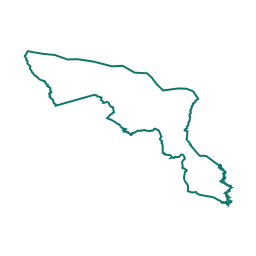 Ahafo Ano South West, Ashanti, Ghana (Equal Earth projection), rotated 274°
{"feature_id": "2480657B58897854519282", "entity_name": "Ahafo Ano South West", "entity_type": "district", "adm_level": 2, "iso_a3": "GHA", "parent_name": "Ghana", "parent_adm1": "Ashanti", "projection": "equal_earth", "projection_center": [-2.174, 6.894], "detail": "fine", "context": "isolated", "style": "outline", "palette": "teal", "viewbox_px": 256, "rotation_deg": 274, "n_neighbors": 0, "source": "geoboundaries", "source_scale": "gbopen_adm2", "svg_char_len": 5795}
<svg xmlns="http://www.w3.org/2000/svg" viewBox="0 0 256 256"><g transform="rotate(274 128 128)"><path d="M145.2,54.3L158.7,91.9L158.4,92.4L158.5,93.9L158.2,94.4L157.3,95.1L157.3,96.2L156.5,99.6L154.9,99.1L154.0,99.2L153.0,100.9L151.3,101.5L151.6,103.0L152.5,104.6L152.2,106.2L151.5,107.1L149.7,108.0L148.4,108.9L147.8,110.3L147.8,111.4L142.7,112.9L142.5,112.4L141.7,111.4L140.9,110.9L140.1,109.4L136.3,106.5L134.9,111.0L132.5,115.7L131.5,117.1L130.7,119.3L128.9,120.6L128.6,121.1L128.0,121.6L127.3,122.7L126.8,125.6L126.4,125.2L126.0,125.6L125.8,125.4L126.2,124.7L125.5,123.7L125.4,124.1L125.0,124.1L124.7,124.6L124.6,125.1L124.4,125.2L124.2,125.0L124.3,125.9L124.2,126.3L123.9,126.7L124.2,127.3L124.2,127.9L123.8,128.5L123.0,128.6L123.0,129.3L122.3,130.1L122.3,130.5L121.5,130.8L121.3,132.0L121.9,132.3L123.4,132.6L123.7,134.8L124.6,135.6L124.9,136.6L125.7,137.4L126.0,138.0L126.0,140.3L126.3,140.6L126.3,141.3L126.7,142.2L126.6,143.0L127.2,144.4L127.0,145.5L126.6,146.2L126.5,150.3L126.9,150.8L127.3,153.2L127.7,153.7L128.6,153.9L129.2,154.7L129.0,156.0L128.0,157.6L127.8,158.7L124.5,160.6L122.5,161.4L121.8,162.0L119.4,160.5L117.8,161.7L117.4,162.8L115.9,162.9L115.3,162.5L114.8,163.1L114.2,163.5L112.5,163.6L111.8,164.2L109.1,163.8L108.5,164.3L106.5,164.3L105.4,164.8L105.4,165.3L105.1,165.3L104.9,165.7L104.9,166.5L104.6,166.5L104.6,166.1L104.0,167.0L103.9,171.4L103.7,172.0L103.0,173.2L101.7,173.4L101.2,173.0L101.5,174.1L101.4,176.2L102.2,176.3L102.3,176.5L102.5,179.4L102.8,181.1L105.1,182.7L105.2,184.4L104.4,185.4L101.6,186.9L101.2,186.8L100.2,185.7L99.2,185.0L97.8,184.3L93.4,185.3L92.1,185.0L91.6,185.3L91.5,186.9L91.0,187.9L90.6,188.3L90.3,189.2L90.0,189.3L89.0,189.3L88.7,188.2L88.3,187.9L82.6,187.3L80.1,187.9L78.5,188.9L76.3,190.8L74.7,191.7L73.2,192.2L72.3,192.0L69.1,192.2L68.8,194.0L68.3,195.4L68.2,196.1L68.5,199.0L68.8,199.7L68.8,200.2L68.7,200.6L67.4,201.4L66.3,204.4L66.0,208.3L65.4,211.2L65.7,212.1L65.4,212.8L65.0,217.1L64.5,218.8L63.7,220.7L62.4,223.0L62.2,224.4L61.8,225.0L61.6,225.7L61.0,226.2L60.0,226.5L60.4,227.5L60.1,227.9L59.9,228.9L60.0,229.1L60.3,228.5L60.7,228.5L60.4,229.7L60.6,229.8L61.4,231.1L61.2,231.6L60.7,232.0L59.9,231.7L59.9,231.9L60.1,232.0L60.0,232.3L59.6,232.3L59.4,231.8L58.9,231.9L58.7,232.6L58.4,232.9L59.6,232.7L59.6,233.0L59.3,233.8L59.6,233.9L60.2,233.6L60.4,233.8L60.6,234.5L61.1,234.5L60.9,235.3L61.1,236.0L61.6,235.7L62.1,236.0L62.1,235.2L61.9,235.2L61.8,234.8L62.0,234.8L62.2,234.4L62.5,234.4L62.4,234.1L62.6,233.6L62.9,233.3L62.8,233.0L63.4,232.1L64.9,232.0L64.6,232.6L64.7,232.9L64.9,232.7L65.3,232.7L65.6,232.3L65.6,232.0L66.2,231.3L66.3,231.5L66.2,231.6L66.3,232.9L66.5,232.5L66.8,232.7L67.1,232.4L66.6,231.7L67.1,231.4L67.0,231.1L67.4,230.8L68.1,231.0L68.6,230.7L68.7,230.8L68.9,230.1L69.2,229.9L69.8,230.2L69.7,229.8L70.2,229.8L70.2,229.5L70.5,229.8L70.3,230.5L70.7,230.6L71.1,231.3L70.9,231.5L70.7,232.3L70.9,232.0L71.3,232.3L71.5,231.8L71.9,232.3L72.1,232.3L72.1,233.7L72.7,233.7L72.8,233.4L72.7,233.1L73.0,232.7L73.3,233.5L73.8,233.5L74.0,233.8L74.7,234.0L75.4,234.8L75.7,234.6L75.7,235.0L75.9,235.5L76.4,234.5L77.2,234.3L77.5,234.4L77.6,233.9L77.4,233.4L77.6,233.2L77.5,232.9L78.2,232.9L77.4,232.5L77.4,232.2L77.9,231.4L77.8,230.6L78.2,230.4L78.6,230.7L78.7,230.4L79.0,228.8L79.5,228.5L80.1,228.5L80.2,227.5L80.0,227.2L80.1,226.9L80.0,226.3L80.3,225.8L80.6,226.1L80.8,225.8L81.0,225.7L81.2,225.1L80.9,224.5L81.2,224.2L81.3,224.8L81.7,225.0L82.0,225.0L82.0,225.3L82.2,225.6L82.4,227.1L83.1,226.7L83.2,226.4L83.5,226.4L83.6,225.9L83.9,226.0L83.8,227.1L84.1,227.6L84.6,226.7L84.9,226.8L85.1,227.2L84.9,227.6L84.6,227.7L84.8,228.3L85.3,228.4L85.3,227.7L85.7,227.8L86.2,227.2L86.3,227.4L86.5,227.2L86.7,227.5L87.1,227.5L87.1,226.9L87.3,226.8L87.7,227.2L88.3,226.5L88.8,227.1L89.4,226.3L89.7,226.5L90.1,227.6L90.0,228.3L90.7,228.5L90.9,228.3L90.8,227.8L91.6,227.6L91.8,227.3L92.1,227.2L92.3,226.6L92.2,225.9L92.6,225.6L92.8,225.0L93.0,225.4L93.6,225.4L93.6,225.2L94.1,224.9L94.2,224.7L93.9,224.2L94.1,224.1L93.6,223.4L95.0,221.3L95.5,221.4L95.5,222.7L95.9,223.1L95.8,223.6L97.1,223.3L97.7,222.8L97.3,221.1L98.0,219.7L105.5,208.0L105.6,205.7L105.3,202.7L105.4,201.5L105.5,201.1L114.4,192.3L115.7,191.1L116.1,191.6L120.9,187.1L122.3,187.4L128.8,187.5L129.6,184.7L130.0,184.6L130.5,185.0L130.3,185.3L130.6,185.3L130.6,185.5L131.9,186.9L132.5,187.0L133.7,186.7L134.6,187.8L135.2,187.8L135.8,188.1L136.8,188.1L137.3,187.9L138.5,188.2L139.0,188.8L141.3,189.1L143.2,189.1L144.0,188.6L144.6,188.9L145.4,188.5L146.2,188.5L146.5,188.6L147.1,189.5L148.5,189.5L149.5,188.9L149.9,188.9L150.6,189.7L151.5,189.6L152.9,190.2L153.6,190.0L154.1,190.5L154.7,190.4L155.2,191.2L155.7,191.3L156.8,191.0L158.1,192.9L158.8,193.3L159.7,193.4L162.1,196.0L169.2,190.3L171.2,183.8L171.0,175.6L167.9,160.4L174.2,153.0L179.8,148.3L183.9,143.1L183.7,130.7L189.7,118.3L188.4,107.8L191.8,89.3L193.1,73.1L192.2,62.6L195.7,49.9L196.1,37.7L197.6,22.5L193.6,20.8L193.0,20.0L192.1,20.0L190.6,21.7L190.1,21.9L189.1,21.6L188.7,22.2L187.3,23.2L185.8,23.0L185.0,23.4L183.4,25.5L182.6,26.3L181.4,26.2L180.6,25.9L178.2,27.8L176.8,28.4L176.0,29.4L175.4,30.0L174.9,30.2L173.8,31.4L173.6,32.1L173.1,33.0L171.6,34.7L170.3,36.5L169.3,39.4L169.2,40.7L169.0,41.3L168.8,41.1L168.6,41.4L168.4,41.3L167.9,42.0L167.6,42.1L167.2,42.7L166.6,43.1L166.5,43.4L165.5,44.0L165.2,44.4L165.3,44.5L165.2,44.7L165.2,45.0L164.5,45.1L164.2,44.9L164.1,45.5L163.8,45.5L163.4,45.8L163.4,46.2L162.9,46.9L162.9,47.4L161.8,47.9L161.3,47.7L160.9,48.0L159.9,47.8L158.6,49.0L158.4,49.0L158.5,48.6L158.1,48.6L158.2,48.1L157.6,48.1L157.4,47.6L156.8,46.9L154.7,48.2L154.5,47.9L154.4,48.1L154.0,47.9L153.3,48.2L153.2,48.0L152.3,48.9L152.1,49.6L151.7,49.9L151.7,50.1L151.0,51.0L150.5,51.2L149.7,51.3L149.3,51.8L147.6,52.2L146.9,53.3L146.4,54.4L145.2,54.3Z" fill="none" stroke="#0f766e" stroke-width="2"/></g></svg>